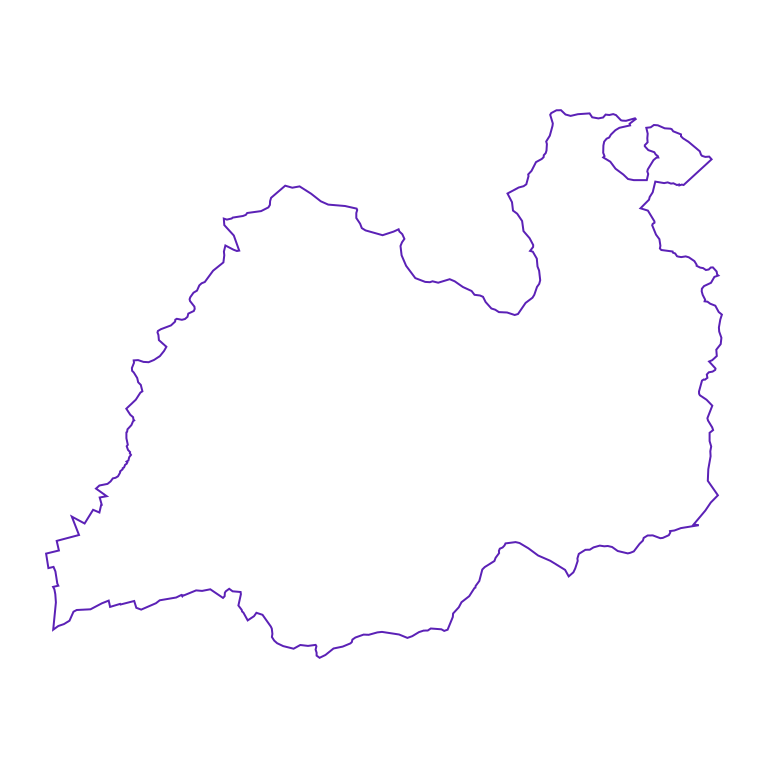 Gheorgheni, Harghita, Romania
{"feature_id": "2599482B22806778816742", "entity_name": "Gheorgheni", "entity_type": "district", "adm_level": 2, "iso_a3": "ROU", "parent_name": "Romania", "parent_adm1": "Harghita", "projection": "natural_earth1", "projection_center": [25.7, 46.772], "detail": "fine", "context": "isolated", "style": "outline", "palette": "violet", "viewbox_px": 768, "rotation_deg": 0, "n_neighbors": 0, "source": "geoboundaries", "source_scale": "gbopen_adm2", "svg_char_len": 6099}
<svg xmlns="http://www.w3.org/2000/svg" viewBox="0 0 768 768"><path d="M53.2,629.7L58.3,626.0L63.9,624.1L69.5,620.7L73.5,611.7L76.7,610.0L90.5,609.3L101.9,603.3L108.7,600.6L110.1,606.9L120.1,603.9L120.5,604.5L134.2,601.0L136.3,607.8L141.2,609.6L156.0,603.2L159.7,600.3L176.2,597.5L181.3,595.0L182.3,596.3L183.0,595.2L183.6,595.5L196.1,590.4L202.1,590.9L210.3,589.3L223.0,597.9L224.6,596.3L224.9,592.7L225.8,591.3L229.2,588.8L232.6,591.3L240.6,592.0L240.9,594.2L238.4,605.5L241.7,609.9L242.1,611.5L243.4,612.6L247.7,620.4L254.0,616.2L256.4,612.8L262.5,614.8L270.8,626.5L271.8,628.6L272.4,633.9L271.9,637.0L274.2,640.6L277.1,643.2L283.2,646.1L293.6,648.7L300.3,645.0L308.0,645.9L315.6,644.9L316.4,646.2L315.6,649.6L316.6,652.7L316.6,655.6L319.6,657.8L325.4,655.0L333.5,648.5L342.7,646.6L350.4,643.4L351.8,642.1L352.4,639.6L355.4,637.5L363.6,634.6L368.7,634.8L377.4,632.4L382.0,631.9L399.1,634.5L407.4,637.9L412.2,636.2L419.0,632.1L423.6,630.6L427.8,630.5L430.8,628.5L441.4,629.3L444.2,630.9L447.6,629.7L452.8,617.0L453.1,613.5L458.8,607.3L461.5,602.2L469.2,596.2L474.4,588.1L475.4,587.6L475.6,586.0L479.3,581.0L482.3,569.5L484.7,567.1L494.4,561.0L495.6,557.8L499.1,553.1L498.9,550.9L499.8,548.7L502.6,547.5L504.5,545.5L505.5,543.4L515.6,542.1L519.5,543.0L528.4,548.3L538.1,555.5L550.3,560.8L565.1,569.9L568.7,576.4L573.4,572.3L575.2,568.5L577.7,560.9L577.4,558.5L578.8,553.9L585.4,549.8L589.8,549.7L593.5,547.4L599.8,545.6L604.3,546.3L607.8,546.0L612.1,547.0L617.7,551.0L627.8,553.4L630.3,552.8L633.8,551.4L639.6,543.8L642.9,540.6L643.7,537.9L647.6,535.5L652.8,535.4L660.3,538.2L662.8,537.9L668.8,535.2L670.3,532.5L670.0,531.1L674.4,530.5L680.9,528.1L698.8,525.2L693.6,524.5L705.3,510.6L710.8,502.5L717.9,495.3L707.8,480.8L708.3,469.2L710.6,456.2L710.3,451.2L711.2,446.5L709.6,441.1L709.6,432.8L713.1,430.1L712.2,427.4L708.0,420.5L707.4,418.2L712.3,405.7L706.5,399.7L699.9,395.3L699.1,393.8L699.0,391.5L702.0,380.6L703.7,379.5L704.9,379.7L707.4,377.8L706.8,374.5L708.8,372.3L712.6,371.6L715.2,369.9L715.5,368.5L709.1,361.5L712.2,360.2L716.8,356.0L716.3,349.7L720.7,344.1L721.4,337.8L719.2,331.6L718.9,327.5L720.3,319.5L721.9,314.6L718.7,312.0L715.3,305.7L710.2,303.7L707.5,301.7L704.6,301.3L705.1,299.6L702.7,294.9L701.7,291.3L701.9,288.7L704.0,286.1L711.0,282.8L714.4,276.9L718.3,275.5L717.2,274.6L716.6,271.5L712.9,267.4L710.8,267.5L708.7,269.5L705.9,270.0L703.1,268.1L700.2,267.6L696.6,265.8L696.6,264.7L694.4,261.1L688.8,257.3L685.7,256.4L681.2,257.1L678.3,256.6L677.0,256.2L675.2,253.5L672.9,252.6L672.6,251.5L661.3,250.0L659.9,248.5L660.4,245.8L659.4,239.2L656.0,234.6L652.2,225.3L652.7,223.9L654.5,222.7L654.4,221.3L647.9,210.6L640.5,208.3L649.0,199.7L649.7,197.0L652.7,192.3L655.3,181.6L664.1,183.1L667.7,182.4L671.0,183.6L673.4,183.3L676.9,185.0L679.1,184.5L679.3,185.4L681.8,184.6L683.6,185.0L711.6,159.3L709.2,156.6L705.3,156.9L702.1,155.9L701.0,154.7L699.8,151.3L688.6,141.9L683.0,138.3L681.0,136.3L681.0,134.4L673.2,131.3L671.7,129.2L670.4,128.7L664.7,128.3L657.8,125.3L653.9,125.0L650.7,127.3L646.3,127.8L647.7,133.7L647.3,138.3L647.6,142.3L644.8,145.2L644.8,146.3L648.3,150.1L654.3,152.2L655.7,154.5L657.8,156.1L658.3,157.5L656.5,157.6L653.5,160.1L647.8,169.4L647.3,171.5L648.2,174.0L646.8,180.1L633.6,180.1L628.0,179.0L623.3,174.5L615.5,168.7L610.3,161.7L603.2,157.4L604.5,156.1L603.2,152.8L603.4,145.5L604.2,141.6L606.6,138.7L609.2,137.5L610.9,134.6L615.4,130.2L619.4,127.8L630.1,125.4L629.6,123.7L635.7,119.1L635.0,118.3L626.0,120.8L622.2,120.6L620.9,120.2L616.0,115.1L613.2,114.1L609.3,115.0L605.6,114.6L603.1,117.5L598.4,118.4L592.2,117.3L589.6,113.4L577.9,114.2L570.6,115.9L565.5,114.5L561.0,110.2L556.4,110.3L551.2,113.1L550.2,114.8L552.8,123.4L552.5,125.9L549.8,135.7L546.2,141.5L546.9,144.0L546.5,150.5L545.7,153.1L543.8,155.2L543.6,157.2L541.7,159.0L536.0,162.1L531.5,170.9L528.2,174.4L528.5,176.2L526.3,184.3L523.6,186.2L518.7,187.5L507.5,193.5L512.0,202.2L513.0,210.6L517.2,213.7L522.1,221.0L523.5,231.1L529.6,238.2L533.2,245.0L533.1,247.0L530.1,250.9L532.8,251.7L536.8,258.6L537.5,266.5L539.1,270.6L540.2,280.2L539.2,283.9L537.0,286.9L534.3,294.8L532.5,297.7L525.6,302.9L518.0,314.0L514.7,315.0L507.1,312.5L498.9,312.1L495.2,309.7L491.4,308.5L485.6,302.0L483.0,296.8L480.0,295.5L474.5,294.8L471.6,291.0L462.9,287.0L454.7,281.3L449.7,279.2L438.2,282.7L432.5,281.3L429.9,282.2L425.2,281.9L415.3,278.1L406.1,265.8L401.6,255.3L400.5,246.0L402.0,242.3L404.4,238.9L402.3,234.2L399.4,231.5L398.6,229.3L393.6,231.6L382.6,235.2L365.5,230.4L361.8,228.1L360.1,223.7L356.3,218.0L356.3,213.0L357.2,210.0L356.6,208.6L345.0,206.0L328.2,204.6L320.8,201.3L311.1,193.7L299.6,186.4L292.3,187.7L285.2,185.7L271.1,197.8L270.1,201.1L269.9,204.9L268.4,207.4L261.1,211.1L247.2,213.0L245.8,214.9L242.9,216.0L232.7,217.6L231.7,218.5L226.9,219.6L223.8,218.6L224.3,225.1L233.8,235.5L239.2,250.6L236.9,251.0L233.5,249.7L225.4,245.5L223.9,251.6L224.3,255.2L223.4,262.4L213.1,270.7L204.8,282.0L201.6,283.3L199.3,285.4L197.0,290.6L193.5,292.7L190.3,297.2L189.6,299.2L190.0,301.0L194.4,306.6L194.7,308.9L193.8,311.0L188.3,313.6L187.5,316.8L185.0,319.0L181.9,319.8L176.8,318.8L175.3,319.7L175.1,321.6L171.0,325.4L160.9,329.2L157.9,331.0L157.5,332.5L158.4,334.9L158.9,340.1L166.4,346.8L164.0,351.0L159.9,356.1L153.9,360.0L148.6,362.2L143.5,361.9L138.1,360.1L133.7,360.4L134.0,362.8L131.9,368.0L132.1,370.8L133.8,372.5L137.2,378.0L138.2,382.3L140.8,384.9L142.4,391.3L140.4,392.6L135.8,399.7L126.3,408.7L130.3,414.8L133.1,417.2L133.4,419.4L134.2,420.4L133.1,421.1L131.4,425.1L127.5,429.3L127.1,431.8L126.4,432.4L126.4,438.2L127.8,444.8L126.7,446.2L128.0,449.9L130.1,452.1L129.8,453.2L131.0,454.9L129.2,457.2L128.4,460.5L126.5,461.6L127.3,462.5L126.6,463.8L125.1,464.8L124.1,467.4L122.7,468.2L122.6,469.3L120.1,471.4L120.1,472.6L118.0,476.3L115.5,477.8L112.8,478.4L110.6,481.4L107.5,483.9L99.4,485.5L96.0,488.6L106.7,496.2L99.7,497.5L101.7,504.7L101.2,504.7L99.4,512.5L93.1,509.8L84.6,523.5L71.8,516.6L79.0,535.0L56.7,540.9L58.9,550.5L46.1,553.6L48.4,568.1L53.5,566.9L55.4,571.4L57.3,583.5L58.3,585.7L53.1,586.9L54.4,589.4L55.3,594.2L55.9,602.4L53.2,629.7Z" fill="none" stroke="#5b21b6" stroke-width="2"/></svg>